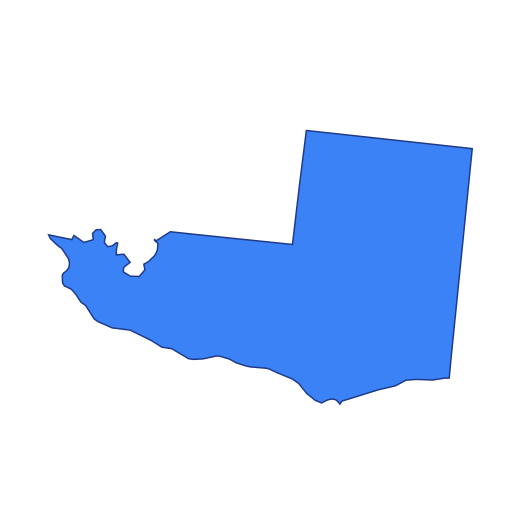 St. Clair, Michigan, United States of America, rotated 98°
{"feature_id": "52423323B46909170803204", "entity_name": "St. Clair", "entity_type": "district", "adm_level": 2, "iso_a3": "USA", "parent_name": "United States of America", "parent_adm1": "Michigan", "projection": "orthographic", "projection_center": [-82.589, 42.844], "detail": "fine", "context": "isolated", "style": "filled", "palette": "blue", "viewbox_px": 512, "rotation_deg": 98, "n_neighbors": 0, "source": "geoboundaries", "source_scale": "gbopen_adm2", "svg_char_len": 1397}
<svg xmlns="http://www.w3.org/2000/svg" viewBox="0 0 512 512"><g transform="rotate(98 256 256)"><path d="M124.7,223.6L180.1,222.8L239.5,221.5L242.0,288.7L243.6,334.7L243.9,344.2L254.8,356.9L253.9,358.7L254.7,358.6L257.2,354.8L264.5,354.5L269.7,356.4L276.6,361.8L279.7,365.9L285.2,364.1L292.5,368.7L292.7,370.6L293.5,377.6L290.2,385.2L285.7,385.4L279.8,379.8L272.6,387.1L274.3,394.4L269.2,395.1L262.4,394.8L262.2,396.1L266.3,400.2L267.3,404.3L263.6,408.1L257.2,407.9L251.4,413.5L252.3,418.0L256.4,421.0L262.5,419.4L266.5,428.4L261.0,439.1L265.4,440.7L263.9,464.3L267.4,462.0L273.3,453.8L275.6,449.4L281.7,444.0L284.6,441.4L285.4,441.0L288.9,439.7L293.0,439.6L296.8,441.3L299.5,444.0L301.4,445.0L302.5,445.1L309.5,443.8L312.3,441.6L314.5,434.4L315.4,433.3L319.0,429.1L325.5,423.5L326.3,422.5L328.4,418.4L329.2,417.4L340.9,407.4L343.0,403.3L347.2,388.3L346.9,370.4L354.4,347.6L359.4,336.6L359.5,326.6L367.1,308.4L367.1,303.7L365.3,294.3L361.0,282.6L360.4,280.5L360.2,278.5L361.8,267.9L364.6,260.5L366.3,250.5L366.6,246.2L365.8,231.9L365.8,228.0L368.6,219.0L372.8,202.7L376.2,196.2L376.4,195.8L385.1,186.6L390.7,177.2L392.4,170.6L389.0,165.8L387.7,163.1L387.0,160.1L387.1,157.8L387.9,155.8L391.0,152.3L387.8,150.8L371.6,116.6L365.1,99.8L358.1,90.2L357.8,88.8L355.9,80.2L354.2,63.8L350.7,52.3L350.0,47.7L330.5,48.6L119.6,56.8L124.7,223.6Z" fill="#3b82f6" stroke="#1e3a8a" stroke-width="1.5"/></g></svg>